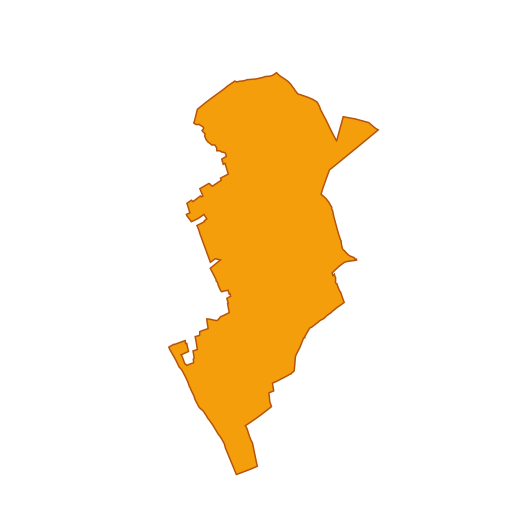 Santa Isabel Xiloxoxtla, Tlaxcala, Mexico (Equal Earth projection), rotated 222°
{"feature_id": "50627088B18740069237602", "entity_name": "Santa Isabel Xiloxoxtla", "entity_type": "district", "adm_level": 2, "iso_a3": "MEX", "parent_name": "Mexico", "parent_adm1": "Tlaxcala", "projection": "equal_earth", "projection_center": [-98.207, 19.264], "detail": "fine", "context": "isolated", "style": "filled", "palette": "amber", "viewbox_px": 512, "rotation_deg": 222, "n_neighbors": 0, "source": "geoboundaries", "source_scale": "gbopen_adm2", "svg_char_len": 5685}
<svg xmlns="http://www.w3.org/2000/svg" viewBox="0 0 512 512"><g transform="rotate(222 256 256)"><path d="M390.7,313.1L388.8,313.6L387.8,314.0L386.5,315.6L384.2,316.0L382.4,316.5L381.1,316.4L380.1,315.4L380.1,313.2L379.6,313.0L375.5,312.6L374.4,310.8L371.0,309.1L367.8,308.6L363.0,309.0L361.2,310.8L359.8,310.7L357.4,309.9L355.5,308.0L353.4,309.9L350.8,310.4L349.5,311.4L348.1,312.0L346.8,311.5L344.7,310.2L345.0,309.2L346.3,305.1L341.7,302.2L341.0,304.1L331.4,298.3L332.2,296.2L332.3,295.9L332.4,295.7L334.5,290.1L332.5,289.1L335.0,279.3L335.3,278.5L336.3,278.6L337.0,278.6L338.0,278.6L338.9,278.7L339.6,278.3L339.8,277.7L342.6,269.0L342.8,268.5L335.6,265.0L335.7,264.9L336.1,263.4L337.5,263.4L339.2,254.3L341.3,254.3L342.6,249.1L342.6,248.9L339.3,247.1L338.9,246.8L334.0,243.8L334.0,243.7L335.6,240.3L334.4,239.7L331.9,239.2L327.0,238.2L325.9,240.7L325.8,240.9L325.8,241.1L324.1,245.1L322.5,252.0L317.4,250.7L318.0,247.5L317.3,247.0L320.2,239.4L320.3,239.1L318.8,238.5L314.1,236.1L313.5,235.5L285.7,220.8L284.4,226.7L280.4,229.0L279.8,229.3L280.7,223.1L281.8,216.3L280.9,215.9L274.7,213.6L274.4,213.5L270.0,211.8L269.2,211.1L268.8,210.8L268.4,210.7L267.8,210.8L267.0,210.5L265.8,210.0L264.9,209.2L263.7,208.7L261.7,207.7L260.1,207.0L258.6,206.5L257.7,206.4L257.2,206.9L256.3,208.7L254.7,210.6L253.9,211.9L253.3,211.5L250.4,209.8L250.0,210.5L248.2,209.3L247.9,209.2L249.3,205.0L249.1,204.8L245.2,202.5L245.4,201.7L238.0,196.0L240.0,190.9L241.7,187.1L241.7,186.8L241.7,186.5L241.6,185.9L241.6,185.3L241.5,183.5L241.5,182.8L242.2,181.5L245.4,179.6L247.8,178.3L250.5,176.3L249.9,175.7L247.5,173.7L243.0,170.0L244.6,167.2L247.2,162.2L245.5,160.1L244.8,159.3L244.8,159.2L247.3,155.4L241.8,151.2L241.1,150.6L237.0,147.2L239.3,143.3L234.4,139.4L233.5,138.3L233.6,137.4L231.0,135.0L231.0,134.7L232.5,132.1L234.2,128.5L235.7,128.5L237.0,128.3L239.1,129.5L243.6,131.9L245.6,132.3L242.3,139.9L249.0,144.7L249.7,143.8L252.1,145.8L257.5,135.5L258.0,135.4L259.8,130.1L259.8,129.9L257.7,128.9L251.6,126.9L247.9,125.7L243.9,124.2L241.1,123.0L239.7,122.4L239.0,122.1L236.5,121.9L234.8,121.6L232.6,120.9L230.3,120.0L227.8,119.1L222.0,116.6L218.9,114.8L216.2,113.7L214.3,112.8L211.8,111.8L209.1,110.7L207.6,110.0L206.6,109.3L205.9,108.9L204.4,108.2L203.1,107.7L201.8,107.3L201.0,106.9L198.5,106.0L197.6,105.7L196.3,105.5L195.6,105.4L192.5,105.5L191.9,105.5L190.4,105.3L188.8,104.7L187.2,104.4L186.3,104.2L185.0,103.7L183.5,103.2L181.8,102.9L180.5,102.7L177.9,102.1L175.6,101.6L171.2,100.3L167.0,99.0L164.5,98.2L164.1,98.2L161.4,97.7L159.6,97.2L156.2,96.1L154.3,95.4L153.7,95.1L149.8,92.6L149.4,92.4L148.9,92.2L124.6,80.6L124.4,80.5L124.0,81.2L123.6,82.0L123.2,82.7L117.7,93.4L116.7,95.4L114.3,100.6L118.6,103.7L132.7,114.1L133.6,114.7L135.4,115.4L137.5,116.2L140.9,118.0L144.8,120.3L146.5,121.3L148.1,122.1L150.1,122.6L150.4,122.7L149.7,125.3L148.2,131.5L147.2,135.8L145.9,141.9L143.7,154.4L144.0,154.6L148.2,156.9L152.3,160.7L154.1,162.1L154.8,162.9L152.6,167.6L158.6,172.4L158.7,172.5L157.7,174.8L156.9,176.4L156.0,178.8L154.8,182.2L154.6,182.7L154.1,183.8L153.4,185.7L152.9,187.1L152.3,188.8L151.9,190.3L151.4,191.5L151.2,191.8L150.9,192.2L151.1,192.8L151.2,193.1L151.2,193.7L151.0,194.2L150.8,195.0L150.7,195.6L150.9,196.3L151.4,197.1L152.0,197.8L154.4,201.1L158.2,206.0L159.2,207.4L159.6,208.2L160.2,209.8L162.3,217.7L164.2,222.8L165.7,226.8L165.8,227.0L165.0,227.8L165.4,228.3L165.6,228.6L165.7,228.9L165.9,229.1L167.7,237.5L167.9,238.3L167.0,240.3L166.3,244.1L165.8,247.0L165.5,248.4L165.5,248.8L165.5,249.1L165.3,250.6L164.6,252.8L164.1,253.8L163.7,255.4L163.5,259.1L162.4,263.7L162.2,266.2L161.2,272.5L160.1,276.8L159.4,280.5L162.6,282.2L169.1,285.8L170.0,285.8L173.7,287.5L176.0,288.7L177.3,289.5L178.6,289.2L179.5,289.8L180.6,291.3L181.9,292.5L182.3,293.2L183.6,293.6L185.6,294.9L185.6,293.0L187.9,294.2L188.1,294.4L187.6,301.6L187.3,304.2L186.9,306.2L186.7,307.5L186.6,307.9L186.3,309.6L186.0,310.4L186.0,310.6L185.4,311.6L183.9,313.8L181.2,316.9L178.9,319.8L178.5,320.2L179.1,320.8L179.5,320.8L179.7,320.6L179.9,320.3L180.4,320.0L181.0,320.0L181.4,320.3L182.0,320.4L182.4,320.3L184.2,319.6L186.3,318.9L187.3,318.7L188.7,318.6L189.0,318.6L189.3,318.6L189.6,318.7L190.7,318.8L191.7,318.8L193.9,319.1L194.9,319.0L195.6,319.0L196.5,319.3L198.0,320.2L199.4,321.2L201.8,323.1L202.8,324.2L203.4,324.3L204.6,324.9L208.2,326.9L214.0,330.5L222.6,336.1L224.6,337.4L227.0,339.1L229.6,341.1L231.1,341.5L231.5,341.8L232.1,342.7L232.4,342.9L238.0,344.7L242.2,345.5L249.0,345.5L251.6,351.0L251.8,351.3L251.8,351.5L252.1,352.1L254.0,356.8L255.7,360.9L258.8,368.6L258.9,368.8L259.0,369.2L258.2,374.1L253.4,405.2L249.5,431.5L250.6,431.3L252.3,430.9L255.7,430.7L256.6,430.7L261.4,430.6L268.8,426.9L274.5,424.0L276.2,422.9L276.7,422.5L284.4,417.9L279.6,408.4L276.8,402.8L273.6,396.6L273.4,395.5L281.7,398.5L296.2,404.4L298.2,405.0L306.2,408.1L308.5,409.4L311.8,410.7L314.0,411.3L317.3,410.6L318.4,410.5L319.0,410.3L321.2,409.5L322.7,409.0L323.4,408.8L324.2,408.4L326.0,407.7L330.6,405.7L333.0,404.6L333.5,404.5L333.8,404.5L337.8,405.2L338.6,405.4L339.3,405.7L343.9,406.6L345.1,406.9L348.1,407.1L349.3,407.2L350.2,407.1L354.7,406.5L357.1,406.1L359.6,405.8L362.6,405.9L363.4,406.0L363.9,404.0L364.6,401.3L364.8,401.0L365.6,399.4L367.1,397.8L369.2,395.6L370.0,394.1L370.7,392.9L372.9,389.8L375.2,386.7L380.3,381.4L380.6,381.1L380.8,380.5L382.0,378.6L383.2,377.0L383.9,376.1L384.5,375.7L385.1,375.0L385.8,373.9L386.3,373.1L387.2,372.2L387.8,371.9L388.8,371.9L390.8,363.6L390.9,363.3L391.7,357.8L393.7,348.4L395.0,342.2L395.1,341.6L395.5,339.4L396.2,335.8L396.3,334.9L396.5,333.9L396.5,333.4L397.7,326.0L397.7,325.7L391.7,314.5L391.5,313.4L390.7,313.1Z" fill="#f59e0b" stroke="#b45309" stroke-width="1.5"/></g></svg>